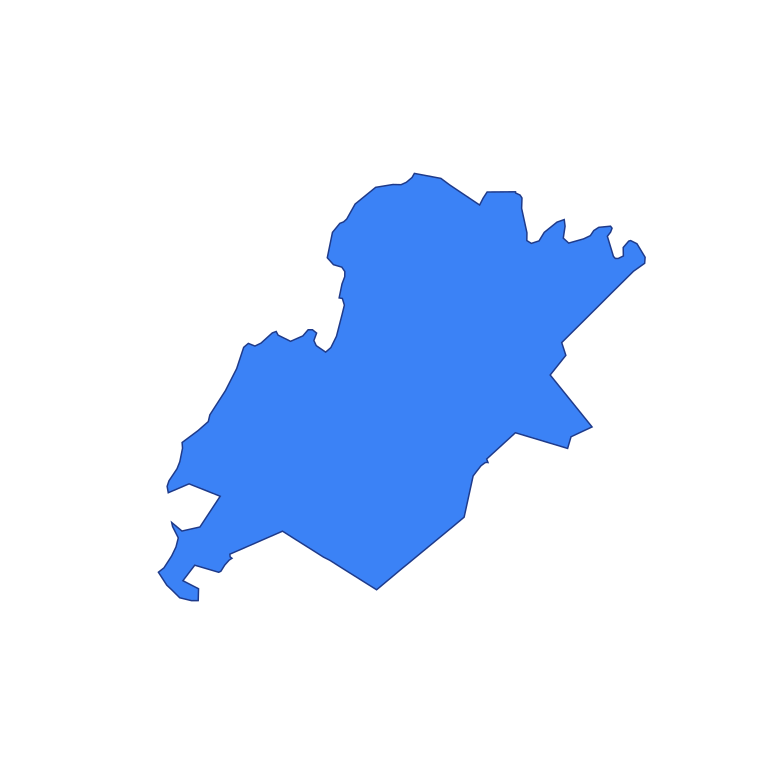 Plymouth, Massachusetts, United States of America (Albers equal-area conic projection), rotated 240°
{"feature_id": "52423323B91573323978432", "entity_name": "Plymouth", "entity_type": "district", "adm_level": 2, "iso_a3": "USA", "parent_name": "United States of America", "parent_adm1": "Massachusetts", "projection": "albers", "projection_center": [-70.786, 41.967], "detail": "fine", "context": "isolated", "style": "filled", "palette": "blue", "viewbox_px": 768, "rotation_deg": 240, "n_neighbors": 0, "source": "geoboundaries", "source_scale": "gbopen_adm2", "svg_char_len": 2028}
<svg xmlns="http://www.w3.org/2000/svg" viewBox="0 0 768 768"><g transform="rotate(240 384 384)"><path d="M209.5,274.7L215.3,307.8L216.2,313.5L225.4,368.2L225.7,370.2L228.6,386.8L259.8,415.2L261.9,420.2L264.7,427.1L265.3,431.8L265.2,432.6L264.7,433.9L264.0,434.8L267.7,435.4L276.1,473.4L236.4,510.8L244.8,519.6L242.8,542.7L308.7,532.4L317.9,555.8L331.0,558.6L344.5,609.5L348.8,625.5L356.9,656.4L358.2,670.1L363.2,673.5L379.0,673.2L384.9,669.3L385.4,667.4L382.6,659.4L375.2,655.3L375.6,649.6L377.1,647.1L379.8,646.5L400.3,651.3L400.8,652.7L402.2,656.1L404.9,659.4L407.4,659.1L412.3,648.3L412.0,642.4L409.3,636.9L409.9,629.4L413.7,614.4L420.7,612.2L430.1,619.7L436.3,622.3L437.7,614.7L435.2,598.6L430.4,589.8L430.9,587.6L432.1,581.9L436.8,579.4L443.5,583.4L467.3,591.0L476.1,596.5L479.6,596.3L483.6,593.5L484.7,594.0L498.7,569.3L495.4,562.8L491.2,556.3L523.6,540.4L533.6,536.1L551.2,515.6L548.8,511.5L547.5,504.1L548.1,498.4L552.3,491.5L558.5,475.1L554.3,449.0L545.5,434.2L544.6,430.1L545.2,426.1L541.1,415.2L521.7,398.0L512.6,399.9L506.3,405.9L501.0,406.3L496.6,403.7L491.7,397.7L481.0,388.2L478.9,390.7L472.1,389.1L465.0,382.3L449.1,366.7L442.1,356.2L441.5,353.1L440.8,349.4L451.1,344.5L456.7,345.0L461.8,351.1L466.7,349.2L468.9,345.4L466.2,337.7L466.5,335.3L467.7,324.4L479.3,316.7L483.4,316.9L484.1,312.8L480.9,297.9L481.2,294.0L481.4,291.2L487.0,286.8L485.9,280.8L471.0,264.1L461.2,249.0L457.5,243.3L444.4,217.8L439.3,213.0L436.6,199.5L434.3,179.9L429.1,177.4L419.9,169.3L418.7,168.2L414.1,162.4L407.7,149.4L403.8,145.0L397.7,142.8L395.0,165.3L392.4,167.3L368.7,186.0L352.2,153.1L357.7,135.5L370.2,130.9L366.2,129.6L353.6,128.9L346.9,122.4L341.3,114.2L334.8,101.5L333.8,94.5L318.3,95.3L312.1,97.2L301.0,100.2L292.6,109.0L289.3,114.8L299.4,121.0L314.2,111.5L321.7,129.5L303.6,146.7L303.4,149.1L306.8,155.5L308.9,161.8L309.1,165.2L311.2,164.3L313.7,165.4L307.3,222.5L292.2,230.4L271.9,241.1L264.4,245.0L258.8,248.7L246.4,255.2L244.1,256.4L221.6,268.3L209.5,274.7Z" fill="#3b82f6" stroke="#1e3a8a" stroke-width="1.5"/></g></svg>